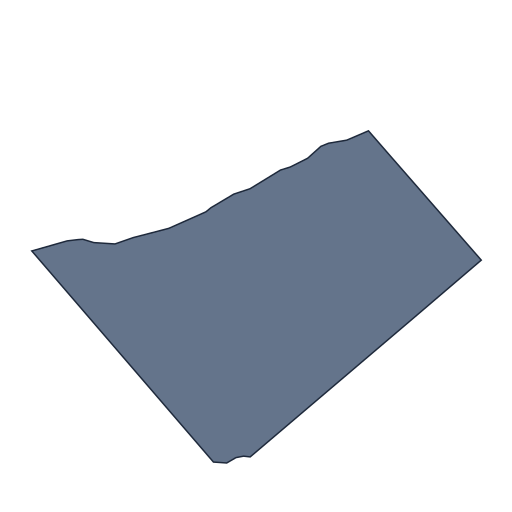 Kewaunee, Wisconsin, United States of America, rotated 229°
{"feature_id": "52423323B32886155683341", "entity_name": "Kewaunee", "entity_type": "district", "adm_level": 2, "iso_a3": "USA", "parent_name": "United States of America", "parent_adm1": "Wisconsin", "projection": "robinson", "projection_center": [-87.557, 44.502], "detail": "fine", "context": "isolated", "style": "filled", "palette": "slate", "viewbox_px": 512, "rotation_deg": 229, "n_neighbors": 0, "source": "geoboundaries", "source_scale": "gbopen_adm2", "svg_char_len": 504}
<svg xmlns="http://www.w3.org/2000/svg" viewBox="0 0 512 512"><g transform="rotate(229 256 256)"><path d="M108.2,119.8L105.8,339.8L105.1,423.3L245.6,423.0L276.7,423.0L283.9,400.5L293.5,384.8L296.2,376.9L295.9,359.1L300.7,340.2L304.8,330.9L310.7,295.6L317.3,279.8L322.0,253.8L322.2,247.2L334.1,208.3L350.4,175.5L357.6,157.5L372.5,142.4L382.2,136.3L385.1,132.5L391.3,123.4L406.9,90.1L128.4,88.7L119.0,98.1L117.0,108.6L113.1,115.3L108.2,119.8Z" fill="#64748b" stroke="#1e293b" stroke-width="1.5"/></g></svg>